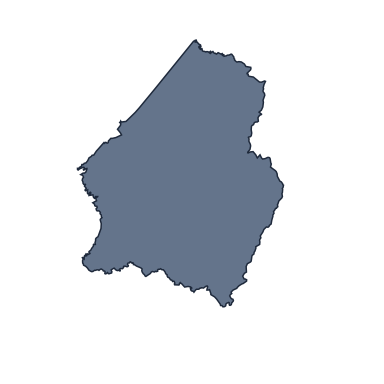 the district of Tuy Duc, Đắk Nông, Vietnam, rotated 47°
{"feature_id": "81297802B14510014839166", "entity_name": "Tuy Duc", "entity_type": "district", "adm_level": 2, "iso_a3": "VNM", "parent_name": "Vietnam", "parent_adm1": "Đắk Nông", "projection": "robinson", "projection_center": [107.388, 12.134], "detail": "fine", "context": "isolated", "style": "filled", "palette": "slate", "viewbox_px": 384, "rotation_deg": 47, "n_neighbors": 0, "source": "geoboundaries", "source_scale": "gbopen_adm2", "svg_char_len": 6012}
<svg xmlns="http://www.w3.org/2000/svg" viewBox="0 0 384 384"><g transform="rotate(47 192 192)"><path d="M171.6,321.2L173.9,320.4L176.2,320.3L178.9,320.7L181.6,319.9L182.5,318.8L182.8,316.7L183.6,315.9L183.9,314.9L184.9,313.7L185.9,313.5L186.0,311.6L186.6,310.8L188.2,310.4L189.3,310.7L190.1,309.9L190.6,309.8L191.2,310.1L192.1,311.3L192.7,311.3L193.2,310.6L193.3,308.7L194.6,308.9L195.2,308.5L196.4,306.0L195.6,304.9L194.4,304.6L193.8,304.1L194.4,301.3L194.9,300.7L196.5,301.0L198.5,300.3L199.1,299.1L200.3,298.8L200.7,298.4L200.5,298.0L199.1,297.5L199.2,296.5L200.7,295.1L200.5,293.4L199.9,293.0L199.8,292.5L200.6,291.5L202.4,290.5L202.8,289.5L202.5,288.8L200.9,288.5L200.4,287.8L200.4,287.1L201.2,286.1L200.8,285.2L201.2,284.5L202.2,284.6L203.2,283.7L203.4,284.2L204.3,283.6L205.2,284.3L205.7,283.7L208.3,283.1L212.5,281.2L214.3,281.0L215.3,282.4L216.5,283.0L218.6,283.4L219.8,283.2L221.7,283.6L222.3,283.3L223.2,278.0L222.8,276.5L223.0,275.3L224.9,274.0L225.0,272.9L225.8,272.5L226.5,271.3L226.5,271.0L225.6,270.5L225.5,269.5L226.6,268.1L226.7,267.3L228.4,267.0L229.3,266.0L229.8,266.0L232.5,266.3L233.8,267.0L235.5,266.6L236.3,267.4L237.9,267.8L239.0,267.2L241.6,267.6L242.7,266.9L244.3,267.2L244.8,266.1L245.3,266.0L247.0,266.7L247.2,267.6L248.0,268.0L251.1,265.0L251.0,264.3L250.3,263.5L250.3,262.5L250.8,262.7L251.6,262.1L256.5,262.2L258.4,259.3L260.2,257.9L260.9,257.7L261.9,257.7L261.4,258.8L262.3,259.0L262.5,259.6L263.0,259.7L263.9,259.8L265.7,258.7L266.6,258.9L266.1,256.3L266.2,255.1L267.4,253.7L267.8,253.1L267.8,251.6L268.4,251.0L268.5,250.3L270.1,249.1L270.4,246.4L270.7,245.5L271.3,244.9L271.9,245.1L273.8,248.0L274.8,247.0L275.4,245.8L279.4,247.6L279.9,248.2L284.1,247.0L287.1,247.0L293.2,247.8L294.5,248.5L295.5,247.5L297.1,247.7L298.1,246.3L298.2,244.9L297.1,243.7L297.1,242.2L297.8,240.4L298.4,240.3L299.2,241.2L300.4,241.8L300.9,241.4L301.2,240.1L300.2,238.6L300.0,236.5L299.6,235.7L298.3,235.2L297.1,235.9L296.0,235.9L293.7,235.3L293.2,233.9L293.4,232.2L292.2,231.9L291.8,231.4L291.8,228.6L293.0,225.0L292.7,223.8L292.6,221.8L293.2,218.4L293.8,217.1L294.4,212.9L293.5,211.9L292.0,212.4L291.1,213.2L288.1,212.3L287.2,209.1L287.7,206.8L283.4,203.2L282.2,200.4L283.1,196.9L282.9,195.8L279.8,192.0L279.4,191.1L279.6,189.1L278.4,187.6L278.2,186.4L276.6,183.5L275.5,182.7L276.5,178.3L274.8,176.4L273.5,175.6L273.0,174.9L272.5,172.9L270.7,172.0L269.6,167.5L268.4,165.0L268.3,161.5L269.5,160.5L269.7,160.0L269.7,159.1L269.2,158.3L269.4,156.0L266.9,152.7L265.0,149.5L264.0,148.6L263.5,146.6L261.8,145.6L261.8,144.4L261.0,142.1L261.5,141.4L261.2,140.3L261.3,139.3L259.5,138.1L259.3,137.3L257.8,134.6L257.6,130.4L257.0,129.0L254.5,127.3L254.0,126.2L251.9,123.9L251.1,123.6L250.7,122.2L249.4,120.4L248.5,120.6L247.8,120.1L245.6,119.8L243.9,120.3L238.8,118.9L236.7,117.3L234.5,116.5L233.1,116.5L227.3,117.6L225.6,114.9L224.4,114.5L221.0,112.2L219.9,111.9L219.0,112.3L218.3,113.1L217.5,115.7L216.0,117.9L214.5,117.9L211.2,116.9L211.6,121.0L208.2,120.0L204.1,119.8L202.5,122.0L201.8,124.2L201.3,124.5L200.9,124.0L200.4,120.6L198.3,117.7L196.9,116.8L193.7,115.8L192.1,114.1L190.5,113.5L190.4,113.3L191.4,111.4L191.2,110.2L189.6,108.1L186.8,106.2L184.5,103.7L184.3,102.7L184.7,101.1L183.9,99.5L183.9,98.6L184.2,97.8L185.3,96.5L185.5,95.2L182.9,93.3L182.5,92.7L182.0,90.3L182.6,88.7L182.5,88.1L179.3,88.5L179.5,85.5L178.1,82.2L175.1,78.6L173.3,77.4L170.9,72.8L169.3,71.8L167.2,71.6L166.2,70.8L165.4,69.3L164.4,68.9L162.5,66.0L161.2,62.8L160.3,63.2L159.0,66.4L157.5,67.7L149.8,68.7L146.2,71.4L145.1,71.4L144.2,70.6L143.1,71.1L142.7,70.6L142.6,65.9L142.0,64.8L140.9,64.0L136.9,67.0L134.2,66.4L130.6,67.2L128.6,68.8L127.6,70.5L126.5,70.8L124.6,70.9L123.9,70.2L123.1,70.3L121.7,69.3L118.4,69.0L117.8,69.4L117.2,71.4L116.0,72.9L115.8,74.0L114.6,76.0L113.3,75.1L112.9,75.4L113.1,76.4L112.5,76.5L111.8,75.6L111.3,75.5L111.0,76.7L107.9,77.9L107.9,79.9L107.6,80.2L106.6,80.2L106.2,80.8L105.6,81.1L103.5,80.9L103.2,83.4L102.4,82.5L101.7,82.5L101.6,83.2L102.2,84.3L100.4,84.6L99.5,85.3L99.0,86.4L97.8,86.9L96.8,87.8L95.8,88.1L94.0,87.0L93.7,87.5L93.7,88.4L93.0,88.6L91.7,86.4L91.4,86.9L91.7,88.4L91.2,88.5L90.4,87.8L90.8,86.0L90.2,85.5L88.1,86.2L86.0,85.9L84.8,87.1L84.4,85.6L83.8,85.3L83.2,86.2L83.2,87.8L82.8,88.0L91.3,148.8L94.5,173.2L95.1,179.2L95.4,192.1L92.7,195.9L91.6,195.8L91.9,196.2L91.8,197.4L93.5,197.5L94.5,198.9L95.3,203.7L99.9,204.0L102.2,204.6L100.3,210.5L98.5,213.6L97.4,214.8L97.7,218.4L98.6,219.4L98.7,220.2L98.3,220.8L96.9,221.1L96.6,222.9L95.8,222.7L96.9,234.2L98.0,238.7L97.0,240.0L97.3,241.4L96.8,244.0L98.0,247.0L98.4,249.7L97.5,251.3L97.8,252.6L96.8,253.8L97.8,255.3L97.2,257.6L97.6,258.8L96.6,259.6L97.5,260.4L98.3,260.3L98.4,258.5L99.8,254.6L100.3,254.2L101.3,254.4L101.5,254.9L101.4,256.0L102.0,256.3L102.3,255.8L102.5,253.9L103.1,252.8L103.5,253.1L105.0,256.0L104.9,257.7L103.9,258.7L103.4,261.5L105.3,260.6L107.1,261.2L107.4,261.5L107.4,262.6L108.5,264.3L110.3,264.9L111.2,265.7L112.8,266.0L113.3,265.8L113.4,264.9L113.8,264.8L114.5,266.7L116.6,266.7L117.5,267.1L117.3,268.3L118.0,269.1L118.7,268.9L119.3,266.9L121.4,269.2L122.3,269.4L122.7,269.2L122.7,266.9L123.0,266.4L123.7,266.6L124.0,267.3L124.1,269.4L124.3,269.7L126.5,266.4L128.5,267.6L130.2,267.7L130.4,267.2L129.7,266.3L129.5,265.7L131.0,264.1L131.2,264.5L130.6,265.5L130.9,266.4L132.1,267.3L133.3,267.8L132.2,271.9L134.4,271.6L135.7,272.4L136.3,272.4L137.6,271.3L138.8,272.0L138.8,273.5L139.9,274.2L141.1,274.3L142.3,272.9L144.4,272.9L144.9,273.8L145.6,274.1L146.9,274.0L148.7,275.4L149.4,275.4L149.4,277.5L149.7,278.1L153.2,279.9L156.6,283.4L160.6,291.2L160.3,293.2L160.6,294.5L161.9,295.8L163.0,297.6L164.4,298.4L164.2,298.9L163.2,299.5L163.2,299.9L164.4,301.2L164.8,303.8L165.5,305.6L165.3,307.9L166.3,308.8L167.0,308.4L167.4,308.6L166.9,310.5L166.0,310.7L166.6,312.1L166.0,312.2L165.5,311.6L165.0,311.7L165.3,312.6L166.4,313.2L166.2,313.5L165.4,313.8L165.5,314.5L167.4,316.5L165.4,316.6L165.3,317.0L166.7,317.2L167.6,318.9L169.4,320.4L170.3,320.5L171.6,321.2Z" fill="#64748b" stroke="#1e293b" stroke-width="1.5"/></g></svg>